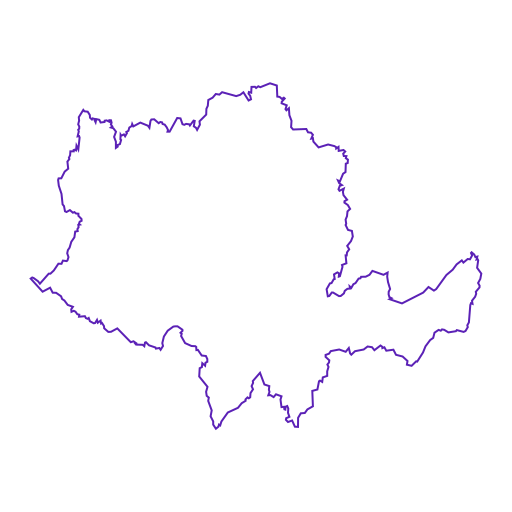 the district of Santa María del Oro, Jalisco, Mexico
{"feature_id": "50627088B36716860134326", "entity_name": "Santa María del Oro", "entity_type": "district", "adm_level": 2, "iso_a3": "MEX", "parent_name": "Mexico", "parent_adm1": "Jalisco", "projection": "equal_earth", "projection_center": [-102.836, 19.525], "detail": "fine", "context": "isolated", "style": "outline", "palette": "violet", "viewbox_px": 512, "rotation_deg": 0, "n_neighbors": 0, "source": "geoboundaries", "source_scale": "gbopen_adm2", "svg_char_len": 5999}
<svg xmlns="http://www.w3.org/2000/svg" viewBox="0 0 512 512"><path d="M475.8,291.8L479.5,287.4L479.6,285.7L478.1,283.0L480.3,278.9L481.3,273.6L477.1,267.8L478.2,260.3L477.5,259.0L476.6,259.4L477.3,256.6L475.4,257.1L474.2,254.5L471.6,252.3L471.0,253.0L472.1,255.5L470.0,259.3L467.7,259.0L463.4,262.6L461.8,260.4L456.6,264.4L452.7,269.7L446.4,275.0L436.2,289.1L433.9,290.6L428.5,287.0L423.2,292.6L402.0,303.4L389.6,299.2L391.5,298.2L389.4,297.1L388.6,294.3L388.7,291.7L390.1,289.0L388.0,282.0L387.2,276.7L387.6,272.6L383.5,274.8L372.4,270.9L369.5,274.8L365.7,276.7L361.1,276.8L360.4,278.3L358.6,278.6L355.5,283.1L353.4,284.2L351.3,287.9L349.7,286.4L350.0,288.6L347.4,288.8L344.8,290.8L343.9,293.4L340.7,296.0L339.0,296.1L333.0,292.5L331.8,292.5L329.3,296.0L327.8,296.3L326.6,289.2L329.9,283.4L331.5,283.1L333.7,279.3L334.7,279.0L334.0,274.4L337.4,272.4L339.1,273.4L338.8,276.6L339.9,276.2L342.5,266.8L342.0,265.0L346.4,263.3L345.6,255.4L346.7,255.4L347.0,252.4L349.2,249.3L347.2,245.9L351.0,241.1L352.8,236.5L351.9,230.9L348.0,229.9L345.6,225.0L346.2,223.8L345.6,219.6L347.0,216.2L347.5,211.4L350.1,208.9L347.8,205.0L344.4,202.6L344.5,201.2L347.1,199.7L343.5,195.2L342.9,191.9L343.8,188.6L339.5,190.8L338.5,189.3L339.8,185.8L341.9,185.1L339.2,183.2L338.0,180.5L339.9,181.4L343.1,173.7L345.5,172.1L345.8,163.7L347.7,163.0L347.9,159.6L345.8,158.2L346.4,156.1L343.8,156.0L343.2,153.7L345.2,151.5L343.5,150.0L338.7,150.9L338.5,146.9L336.2,148.5L336.1,147.1L334.4,146.1L328.1,144.5L318.6,147.4L313.4,141.6L312.9,138.2L311.3,138.6L312.9,134.8L311.1,132.7L308.0,132.3L306.3,129.0L293.1,129.5L291.1,127.2L291.5,120.8L289.4,115.2L288.9,108.2L286.4,110.3L285.5,109.1L286.7,105.3L281.6,103.3L281.8,101.7L284.7,98.5L283.8,97.7L281.9,98.9L279.6,96.9L277.3,96.6L276.8,85.5L270.0,83.3L260.3,87.2L258.3,86.3L256.1,88.0L255.0,86.8L251.5,86.9L251.2,92.7L248.9,92.0L248.5,93.6L250.2,95.8L251.0,99.3L248.6,100.5L243.4,92.3L240.2,94.8L236.2,96.1L222.1,92.2L219.4,94.6L215.8,94.0L212.6,97.7L208.3,100.0L207.8,105.8L206.4,108.8L206.2,114.6L199.5,121.3L199.9,124.7L197.1,129.9L196.0,127.8L193.8,126.3L194.7,120.9L193.6,120.6L189.9,125.5L189.2,124.3L186.1,123.9L184.3,124.8L182.5,124.2L180.5,118.4L177.2,118.0L169.6,131.7L167.5,131.7L168.0,130.0L166.7,127.3L164.7,124.6L162.6,124.0L162.1,122.4L160.3,122.0L158.7,123.2L154.2,119.3L151.4,119.5L150.5,120.9L149.4,127.8L147.9,125.7L140.3,122.6L133.3,126.4L132.2,124.0L131.7,126.0L129.3,127.6L128.4,130.8L126.3,132.0L126.9,133.2L125.1,136.3L123.9,134.4L121.3,135.7L120.6,134.6L120.4,139.3L121.1,140.0L119.9,144.1L117.4,145.1L117.7,146.6L115.9,147.9L115.9,141.7L114.1,136.9L116.0,131.7L113.3,128.2L110.9,127.5L112.3,126.4L110.9,124.4L111.6,122.8L111.0,120.3L109.4,120.2L109.4,121.8L106.6,120.4L104.7,120.7L104.5,122.0L100.6,122.5L99.3,119.8L96.3,119.1L95.6,122.3L94.6,120.2L95.2,119.1L92.6,118.4L91.9,119.5L90.0,117.7L89.8,115.0L87.7,111.7L84.4,111.3L83.3,109.9L78.8,117.2L79.1,120.7L78.2,124.3L79.3,126.6L79.2,128.7L78.2,129.8L78.8,131.4L77.6,136.4L79.1,136.1L79.6,137.6L78.3,149.4L76.5,145.6L76.0,150.4L74.5,149.7L73.6,150.1L73.7,151.3L70.4,151.3L70.1,155.2L68.9,157.8L69.4,159.0L67.4,161.6L68.2,168.7L64.7,171.6L61.3,178.3L58.6,178.4L58.1,180.0L58.8,185.7L61.5,193.9L62.6,204.4L64.0,206.1L65.0,211.3L66.5,212.0L69.9,210.1L72.9,212.7L74.4,212.1L76.0,213.5L78.4,213.7L78.4,215.8L81.5,219.0L81.6,220.8L79.7,221.7L78.9,223.9L79.8,224.6L78.3,224.9L78.6,227.3L77.4,229.1L77.7,231.1L75.2,231.6L74.4,237.3L71.3,241.8L69.6,247.6L67.9,250.1L67.2,253.3L68.5,257.1L67.5,260.3L66.7,261.1L62.9,260.6L61.5,263.8L58.4,263.7L53.8,270.5L50.4,273.7L48.7,273.7L39.9,283.7L38.1,281.3L33.6,278.0L32.2,277.5L30.7,278.6L42.6,291.7L50.1,287.7L52.7,292.7L56.1,292.8L61.1,296.3L62.1,299.0L64.4,300.5L67.7,304.9L72.9,306.8L71.2,309.3L71.5,311.8L73.8,310.8L75.5,311.7L77.3,314.2L79.3,314.7L79.0,316.7L84.9,316.2L85.9,318.1L87.6,318.8L88.7,318.0L89.9,321.2L93.8,323.3L95.1,323.0L97.0,319.9L97.8,322.7L100.6,320.6L101.1,323.5L102.0,323.0L104.0,326.1L104.2,328.3L108.3,331.9L111.0,331.8L117.3,328.4L130.8,342.2L133.5,341.3L135.9,343.0L135.1,343.4L136.1,344.6L142.7,344.8L144.3,346.2L145.0,342.6L145.9,342.2L149.0,345.3L155.5,347.5L155.9,348.6L159.4,348.0L160.6,349.8L163.0,346.0L162.3,343.1L163.9,336.5L167.7,330.7L173.3,326.6L175.3,326.3L177.5,326.3L182.4,329.7L182.5,330.8L180.5,332.8L181.7,333.8L181.1,336.0L185.1,343.1L191.5,346.0L195.3,346.2L196.2,346.9L196.4,350.1L197.9,349.9L201.7,355.5L205.9,356.0L207.3,359.0L207.3,361.8L205.5,362.7L205.1,365.7L202.3,363.2L201.9,367.1L199.7,368.2L199.2,376.5L207.5,386.8L206.1,391.8L206.7,395.8L208.8,397.6L208.2,400.9L211.7,410.4L210.6,416.3L213.2,421.4L213.2,424.6L215.9,428.7L218.4,426.7L219.0,424.6L220.2,425.4L221.4,421.5L227.8,412.5L238.0,407.8L241.7,403.2L245.6,400.8L245.5,399.4L247.5,397.4L248.8,398.3L250.2,397.3L250.5,393.1L253.0,389.3L251.6,386.1L253.1,382.9L252.8,381.1L260.0,372.8L264.4,384.5L269.3,386.1L268.9,389.8L269.5,391.9L268.3,395.3L270.4,395.1L273.6,397.1L276.0,394.3L281.5,396.3L280.5,399.5L281.5,407.1L284.0,406.8L284.4,409.3L285.3,409.6L285.6,406.7L287.2,406.0L288.3,408.6L288.0,412.8L289.4,416.8L286.2,418.2L285.9,419.8L288.0,422.0L292.1,420.5L294.9,426.7L298.0,426.9L298.1,417.8L300.8,413.3L304.8,413.0L307.4,409.4L312.9,406.3L312.3,390.9L317.4,389.5L319.0,381.3L320.0,380.6L322.2,381.9L322.8,377.4L327.2,375.9L327.2,371.3L328.5,366.9L327.4,364.5L329.0,362.5L329.3,360.3L325.6,356.9L325.6,354.9L329.0,353.7L330.8,351.1L339.2,349.5L345.7,351.8L348.8,348.0L350.1,353.4L351.3,354.7L355.0,351.2L363.7,349.5L367.6,346.5L372.0,347.2L374.4,350.2L380.5,345.5L382.3,346.8L382.4,348.1L384.4,347.3L386.3,350.7L393.4,349.7L396.0,354.8L402.6,356.5L407.5,361.0L406.9,364.7L411.6,365.8L416.2,361.3L417.2,361.6L423.0,352.5L425.5,346.3L430.2,340.0L433.2,337.9L434.5,332.7L438.6,329.9L440.8,330.7L442.0,329.4L444.2,329.8L448.4,332.4L455.9,331.2L456.8,330.1L463.6,331.9L465.5,331.0L467.8,327.1L467.3,325.3L468.9,322.4L470.3,305.0L471.0,303.2L472.5,303.8L472.0,300.7L475.1,296.8L476.2,293.8L475.8,291.8Z" fill="none" stroke="#5b21b6" stroke-width="2"/></svg>